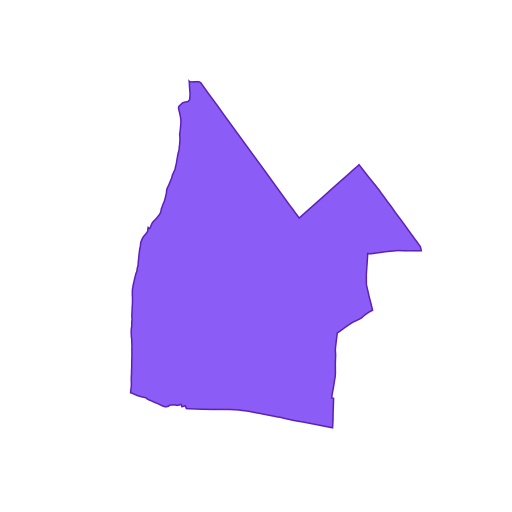 Vartop, Dolj, Romania, rotated 253°
{"feature_id": "2599482B4098580936602", "entity_name": "Vartop", "entity_type": "district", "adm_level": 2, "iso_a3": "ROU", "parent_name": "Romania", "parent_adm1": "Dolj", "projection": "natural_earth1", "projection_center": [23.359, 44.205], "detail": "fine", "context": "isolated", "style": "filled", "palette": "violet", "viewbox_px": 512, "rotation_deg": 253, "n_neighbors": 0, "source": "geoboundaries", "source_scale": "gbopen_adm2", "svg_char_len": 6131}
<svg xmlns="http://www.w3.org/2000/svg" viewBox="0 0 512 512"><g transform="rotate(253 256 256)"><path d="M313.2,381.2L312.6,380.1L311.3,377.3L310.2,374.7L307.2,368.3L297.7,347.4L295.3,342.4L291.8,334.8L288.0,326.5L283.8,317.3L281.9,313.2L279.7,308.4L283.2,307.2L287.2,305.7L289.3,305.1L292.7,303.8L295.1,302.9L337.2,288.5L360.5,280.4L401.0,266.4L410.1,263.4L425.9,257.8L437.6,253.9L438.1,253.6L438.9,252.8L439.3,252.3L439.7,251.3L440.0,250.4L440.7,247.6L441.5,244.8L441.8,244.2L442.1,243.5L442.7,243.2L440.4,242.7L436.5,241.7L430.2,240.3L428.8,239.8L426.3,238.8L425.0,238.3L424.2,237.2L423.7,236.5L423.7,235.6L423.8,234.5L424.0,231.9L423.9,230.5L423.5,229.6L422.4,227.4L421.8,226.2L421.1,225.6L420.3,225.2L419.1,225.0L415.3,224.8L410.9,224.4L409.5,224.2L406.9,223.6L405.3,223.1L402.0,221.8L397.7,220.0L396.7,219.5L395.4,218.9L394.5,218.4L393.6,218.3L392.8,218.2L389.2,217.2L387.4,216.5L384.1,215.2L382.9,214.5L381.5,214.1L379.6,213.2L376.6,211.3L370.9,208.4L369.7,207.8L367.6,206.8L365.0,205.2L362.2,203.7L361.2,202.7L358.2,200.0L354.8,197.8L352.2,195.6L350.7,194.4L349.1,193.1L348.0,192.0L346.9,191.0L345.6,190.1L343.9,189.3L342.1,188.6L340.1,187.4L337.7,186.0L335.7,184.7L333.9,183.3L332.0,181.7L330.3,180.5L328.7,179.2L328.4,179.0L326.9,178.4L325.2,177.2L323.9,175.8L322.7,174.1L321.7,172.7L321.2,171.9L320.9,171.3L320.4,170.6L320.0,169.8L319.5,168.9L319.0,167.9L318.6,167.3L318.2,166.8L317.3,165.8L316.8,165.3L316.4,165.0L315.9,164.6L315.3,164.2L314.5,163.5L314.2,163.2L314.0,162.9L313.4,162.2L313.9,161.8L314.8,161.2L314.2,160.9L313.9,160.7L313.6,160.5L313.3,160.4L312.4,160.1L311.8,159.9L311.5,159.7L311.2,159.5L310.6,158.8L309.9,157.8L309.6,157.4L309.2,156.9L308.4,155.5L308.0,154.9L307.7,154.5L307.4,154.1L306.4,152.8L305.9,152.4L305.3,151.9L305.0,151.6L304.7,151.4L303.8,150.6L303.5,150.4L303.2,150.1L302.3,149.6L301.8,149.3L301.2,149.1L300.1,148.7L299.1,148.2L298.1,147.7L297.4,147.2L297.0,147.0L296.5,146.7L296.2,146.6L294.8,146.0L293.4,145.4L292.0,144.7L289.8,143.8L288.5,143.3L287.8,143.0L286.5,142.4L285.8,142.1L285.1,141.8L283.8,141.3L283.1,141.1L282.4,140.8L282.1,140.7L281.3,140.3L279.7,139.3L278.5,138.6L277.8,138.3L277.2,138.0L276.5,137.8L276.1,137.5L275.7,137.2L275.2,136.8L274.7,136.3L274.1,135.9L273.4,135.5L272.8,135.1L272.1,134.7L270.8,133.9L269.5,133.1L268.9,132.8L268.3,132.5L267.7,132.1L267.1,131.8L266.0,131.1L264.8,130.4L264.2,130.1L263.7,129.8L262.1,129.1L261.6,128.8L261.1,128.5L259.5,127.8L258.3,127.4L257.1,127.0L255.3,126.5L254.1,126.1L253.4,126.0L251.0,125.3L250.3,125.1L249.0,124.7L246.9,124.0L246.2,123.8L244.2,123.0L243.5,122.7L242.9,122.5L242.2,122.3L241.6,122.1L240.9,121.8L238.5,121.0L237.3,120.5L236.5,120.3L236.0,120.1L234.8,119.7L234.2,119.5L232.9,119.3L232.3,119.1L232.1,119.1L231.1,118.7L230.4,118.4L229.8,118.1L229.5,118.0L229.1,117.9L228.7,117.8L228.0,117.5L226.5,117.1L225.6,116.8L222.9,115.5L222.2,115.2L221.6,115.0L220.8,114.7L220.2,114.5L219.4,114.3L218.7,114.1L217.1,113.7L216.3,113.5L215.6,113.3L214.1,113.0L213.4,112.9L212.6,112.8L211.9,112.6L210.3,112.1L208.3,111.6L207.3,111.3L206.3,111.1L203.4,110.1L201.4,109.5L197.6,108.4L195.8,107.8L194.9,107.5L194.0,107.2L193.2,106.9L190.8,106.1L190.1,105.9L188.1,105.3L186.1,104.6L185.8,104.6L185.3,104.4L184.1,103.9L183.7,103.8L182.7,103.4L182.1,103.2L181.2,103.0L179.6,102.4L178.1,101.9L177.6,101.7L176.5,101.3L175.8,101.0L175.0,100.8L172.6,100.1L171.4,99.8L170.1,99.4L169.8,99.3L169.4,99.2L168.7,99.0L168.0,98.7L167.3,98.4L166.8,98.2L165.1,97.4L163.7,96.8L163.0,96.5L162.5,96.3L161.8,96.1L160.6,97.9L159.5,99.1L158.6,100.1L157.9,100.9L157.6,101.1L157.4,101.4L157.3,101.7L156.3,103.0L155.9,103.8L155.0,105.1L154.6,105.7L154.3,106.3L153.9,107.0L153.7,107.3L152.7,109.1L150.9,110.3L150.2,111.1L149.3,111.9L148.2,113.5L146.2,115.6L143.4,119.1L139.9,122.8L138.7,124.5L138.2,125.4L138.1,126.1L137.9,127.3L137.9,127.7L137.9,128.3L138.1,128.5L138.1,128.8L138.2,129.1L138.3,129.3L138.4,129.5L138.5,129.9L138.5,130.0L138.4,130.6L138.4,131.1L138.2,131.6L138.1,132.0L137.9,132.8L137.5,134.0L137.3,135.1L137.2,135.4L136.9,135.6L136.6,136.2L136.4,136.4L136.3,136.6L136.2,136.8L136.1,137.5L136.1,137.8L136.0,138.4L136.0,139.1L136.0,139.9L136.1,140.9L133.5,141.1L133.4,144.6L130.4,144.8L125.4,159.1L122.4,168.2L118.9,179.6L116.9,186.0L114.7,192.1L113.3,195.6L112.0,198.3L111.0,200.7L110.2,202.4L109.1,204.6L107.9,206.8L106.3,209.8L105.7,210.9L104.9,212.6L104.6,213.2L104.1,214.1L101.6,218.7L98.2,225.1L95.5,230.1L94.8,231.8L92.6,235.4L87.7,244.0L85.0,249.3L84.1,251.3L69.3,279.0L76.9,281.8L83.3,283.8L87.0,285.1L97.2,288.6L98.2,286.9L101.5,288.4L107.4,291.5L117.6,296.5L120.7,297.7L123.8,298.6L130.5,300.6L136.8,302.8L139.4,303.6L142.2,304.2L143.3,304.5L146.7,305.9L148.5,306.7L151.9,308.2L158.8,311.3L158.8,311.6L158.9,312.1L159.1,312.9L160.6,317.3L161.6,320.0L163.4,325.8L163.7,326.9L164.2,328.6L164.6,330.7L164.8,332.3L164.9,333.1L165.2,335.0L165.5,336.8L165.9,338.9L166.8,340.5L167.9,343.2L168.9,346.3L169.5,348.5L170.0,351.6L176.1,352.0L183.9,352.3L188.9,352.7L196.3,353.2L202.7,355.1L206.6,356.3L213.9,359.1L223.8,362.9L225.3,363.3L225.7,363.4L225.8,363.6L225.9,363.8L225.6,364.1L225.2,364.5L225.0,364.8L224.7,365.9L224.4,367.2L224.3,368.0L224.1,368.9L224.0,369.7L223.9,370.6L223.6,372.4L223.3,374.2L223.1,375.1L223.0,376.0L222.9,376.9L222.0,382.4L221.6,384.1L221.3,385.7L220.9,387.5L219.8,393.0L219.2,394.8L218.6,396.6L217.3,400.3L216.1,404.3L215.5,406.3L214.3,410.3L213.6,412.4L213.0,414.4L212.7,415.6L213.1,415.6L214.4,415.8L214.6,415.8L214.8,415.8L216.5,415.9L216.8,415.9L217.1,415.9L217.5,415.7L220.2,414.8L222.0,414.2L223.8,413.6L224.7,413.2L227.6,412.2L229.6,411.6L231.5,410.8L233.5,410.2L236.6,409.1L239.7,408.1L240.7,407.7L241.8,407.4L242.8,407.0L243.8,406.7L244.8,406.3L245.8,406.0L250.0,404.5L257.0,401.9L257.4,401.8L258.6,401.4L259.2,401.3L260.4,400.9L261.6,400.5L263.5,399.9L265.4,399.2L266.6,398.7L267.2,398.5L267.8,398.3L269.0,397.8L269.6,397.6L270.8,397.2L271.4,397.0L272.7,396.5L273.4,396.3L274.7,395.9L276.0,395.4L276.7,395.2L279.3,394.2L280.6,393.8L283.4,392.9L285.4,392.1L286.2,391.8L287.7,391.2L288.4,391.0L292.9,389.1L295.2,388.2L296.5,387.6L313.2,381.2Z" fill="#8b5cf6" stroke="#5b21b6" stroke-width="1.5"/></g></svg>